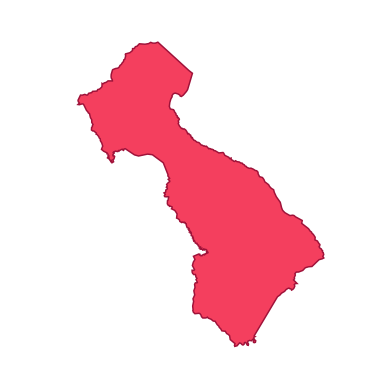 Bugaba, Chiriquí, Panama (Mercator projection), rotated 312°
{"feature_id": "35544464B94237037415944", "entity_name": "Bugaba", "entity_type": "district", "adm_level": 2, "iso_a3": "PAN", "parent_name": "Panama", "parent_adm1": "Chiriquí", "projection": "mercator", "projection_center": [-82.702, 8.679], "detail": "fine", "context": "isolated", "style": "filled", "palette": "rose", "viewbox_px": 384, "rotation_deg": 312, "n_neighbors": 0, "source": "geoboundaries", "source_scale": "gbopen_adm2", "svg_char_len": 6086}
<svg xmlns="http://www.w3.org/2000/svg" viewBox="0 0 384 384"><g transform="rotate(312 192 192)"><path d="M180.7,48.7L181.5,49.9L184.0,51.4L184.5,52.2L184.3,53.5L182.0,59.1L181.9,60.8L181.4,62.1L181.7,63.3L179.3,66.8L178.6,69.1L176.6,71.0L175.9,73.3L174.8,73.5L173.9,74.2L172.8,74.2L170.8,75.8L170.9,77.3L171.6,78.1L171.8,81.4L170.8,82.1L171.2,82.9L170.8,85.6L170.1,86.9L170.2,88.1L168.8,89.6L168.1,92.0L166.4,94.9L163.1,96.2L163.2,99.1L164.2,102.6L163.5,103.2L163.9,103.8L163.8,104.5L162.7,105.4L163.0,106.1L162.4,106.0L161.9,106.7L161.3,106.2L160.8,106.3L161.0,107.5L161.6,107.2L161.8,107.5L161.1,108.3L160.7,110.0L161.4,110.8L160.4,111.2L160.7,111.7L160.2,111.9L160.4,112.6L160.2,113.0L162.0,113.5L163.0,111.7L164.3,111.9L166.6,110.8L166.8,110.2L166.0,109.3L166.1,108.9L166.7,108.7L167.0,108.1L168.9,108.1L168.7,107.0L169.2,106.9L171.2,107.8L172.1,109.5L173.7,109.8L173.5,110.4L174.4,110.4L176.9,111.4L177.3,111.9L176.9,112.9L177.1,113.3L178.6,112.8L179.5,113.4L181.1,124.4L183.0,128.2L190.4,133.6L193.2,137.6L194.5,151.1L188.8,162.6L187.8,163.3L187.2,166.2L185.5,165.8L185.3,168.1L184.8,168.5L183.4,168.1L180.6,168.1L180.0,169.6L178.4,169.7L178.5,171.0L177.8,171.6L176.0,171.2L174.2,172.5L172.6,171.8L172.4,173.7L170.7,173.9L170.3,174.7L171.0,175.9L172.6,177.5L172.7,178.0L169.9,179.7L169.1,179.6L166.7,181.6L166.2,183.3L166.8,184.3L166.3,184.9L167.0,185.4L167.6,187.2L166.7,187.9L165.8,188.0L166.8,191.5L166.3,193.6L165.7,195.6L162.3,198.0L162.8,199.5L162.9,201.2L162.0,202.7L162.3,204.2L162.6,204.4L162.5,204.9L163.6,205.3L163.8,206.4L164.5,206.6L164.7,207.4L164.2,207.7L164.2,208.5L164.5,208.9L163.3,210.3L162.3,212.2L162.9,213.5L162.0,214.1L162.6,214.6L161.4,215.4L161.8,215.9L161.3,216.1L161.5,217.3L160.8,217.3L161.3,217.8L161.2,218.5L160.5,218.5L160.8,219.2L159.1,220.6L159.6,222.2L159.0,222.6L158.8,223.4L158.3,223.3L158.5,224.0L157.9,224.2L156.7,226.1L157.5,226.3L156.3,228.7L157.1,230.0L156.6,230.3L156.8,230.9L156.5,231.7L156.8,232.3L156.2,232.8L156.4,233.4L156.0,233.9L156.2,234.5L155.8,234.7L156.5,235.0L155.8,235.3L156.0,235.6L155.5,235.8L156.0,236.2L155.5,236.5L156.3,236.8L155.6,237.1L156.5,238.5L156.1,238.9L156.7,239.3L157.6,238.9L157.9,239.8L157.4,239.9L157.4,240.3L158.6,240.7L158.7,241.7L158.1,242.7L157.9,244.1L157.2,245.0L157.5,244.1L156.8,244.0L156.8,243.3L156.2,244.0L154.7,243.1L154.3,243.5L153.5,243.2L153.5,242.5L152.7,242.1L151.4,242.1L150.6,241.3L150.9,240.9L150.2,239.8L150.9,239.3L150.4,238.5L145.2,236.1L143.9,239.3L140.8,239.9L137.6,241.5L136.0,245.8L135.0,245.8L133.9,244.4L132.5,245.8L131.9,247.0L131.9,248.8L132.9,249.5L132.7,250.3L131.5,251.7L131.2,253.4L129.6,253.6L128.5,256.4L127.9,256.5L126.7,255.3L125.1,255.7L123.1,258.1L119.8,259.5L117.3,262.9L113.3,264.2L111.8,266.4L107.7,268.8L105.3,271.5L104.6,271.8L103.6,273.4L103.5,275.6L106.5,278.3L106.9,279.2L106.6,280.9L105.7,282.5L105.6,284.3L107.7,286.6L109.3,287.2L109.2,288.6L110.2,291.3L110.3,294.1L111.4,295.7L110.3,299.4L110.2,301.9L109.6,302.9L109.6,304.7L108.8,307.1L110.8,310.0L110.0,312.4L110.4,314.2L110.4,316.0L107.9,319.2L108.1,325.4L106.4,326.2L105.9,327.1L107.9,328.4L111.6,328.3L112.2,329.5L112.1,331.4L112.4,332.3L113.6,332.6L115.1,331.8L115.8,332.1L116.0,332.9L115.2,335.6L115.7,336.4L116.8,335.8L117.4,334.0L118.6,333.4L120.1,334.0L121.3,335.8L123.3,335.8L123.6,336.4L123.3,337.2L121.8,337.7L121.4,338.4L121.7,339.1L122.7,339.7L124.1,338.9L124.1,337.3L124.8,335.6L125.9,335.2L126.7,335.6L126.5,334.8L126.9,334.4L171.4,325.6L174.3,326.3L176.6,326.2L180.1,327.3L182.5,327.2L184.8,327.9L185.5,328.4L185.5,329.2L186.2,330.4L185.7,331.6L187.0,332.1L188.8,332.1L190.8,331.4L191.7,329.9L193.2,330.2L194.3,331.3L194.6,326.3L196.1,326.3L196.8,325.3L199.4,324.4L200.2,323.1L202.3,323.1L203.9,324.8L207.8,326.8L211.6,326.9L214.5,328.7L216.9,331.0L226.7,331.7L229.5,333.5L231.2,334.1L231.7,332.3L233.6,331.8L234.8,330.0L234.7,329.1L235.8,328.2L235.7,327.3L236.2,326.2L235.9,324.8L236.3,323.2L236.8,322.9L237.4,323.0L238.6,322.1L238.6,320.9L239.5,318.0L238.7,315.4L240.8,313.8L241.7,310.4L241.6,309.0L242.2,307.5L242.0,306.1L242.7,303.1L242.1,294.5L244.6,293.0L242.8,285.5L242.8,283.6L242.2,282.4L240.0,280.5L238.8,275.0L238.9,272.8L239.1,271.4L240.2,269.2L243.4,264.5L244.9,257.8L246.8,253.4L248.3,251.1L247.8,248.5L248.0,246.0L248.7,244.0L248.3,239.3L249.4,237.1L249.9,234.7L248.6,231.9L249.8,228.9L250.9,227.8L251.1,225.9L250.3,224.5L250.0,222.3L249.2,219.9L247.8,218.6L247.0,215.9L247.3,215.1L246.8,214.0L247.2,212.7L246.8,211.4L247.0,209.9L246.1,208.7L246.0,207.2L244.6,205.0L244.4,203.5L243.1,203.1L242.7,202.2L242.8,201.1L242.3,199.5L243.4,198.3L242.1,197.7L242.4,196.0L241.2,191.9L242.1,189.5L242.1,188.6L239.0,185.8L238.2,181.7L237.4,180.5L237.7,179.7L237.1,178.1L236.5,177.7L236.6,177.1L236.2,176.0L235.4,175.7L235.7,172.1L234.8,171.4L234.6,170.4L234.0,170.0L233.7,168.4L233.1,167.5L233.4,164.1L232.3,162.2L232.3,159.9L231.7,158.9L232.1,157.8L231.9,156.7L232.6,156.0L232.1,155.4L232.6,154.9L232.3,154.2L233.3,153.1L233.0,151.4L233.3,150.4L232.4,149.9L233.5,147.5L233.9,145.6L233.6,143.7L232.8,143.4L232.7,142.0L232.2,141.7L232.6,138.7L233.6,136.0L234.8,135.6L235.6,134.2L237.5,134.0L237.8,133.6L238.1,131.9L237.6,131.8L237.6,131.2L238.7,130.1L238.6,128.6L239.6,127.4L239.8,125.5L240.3,124.9L240.8,123.2L239.2,120.3L240.4,117.9L243.7,115.6L247.1,114.0L249.5,113.5L250.3,112.6L252.6,112.4L254.2,113.3L255.4,115.7L255.9,118.0L255.4,119.1L255.9,120.2L258.2,120.7L262.9,120.6L265.2,120.2L280.5,112.9L280.2,108.3L280.5,66.4L278.0,65.1L276.3,63.1L275.6,61.2L273.3,60.5L270.4,58.2L266.9,53.7L263.6,53.6L262.1,52.7L260.1,53.1L258.8,51.9L257.3,53.1L253.9,52.6L250.2,50.2L249.5,50.5L248.8,51.6L245.8,53.2L244.5,52.9L243.1,53.8L241.4,53.7L239.7,54.1L237.8,53.8L236.2,54.3L234.4,54.0L232.7,52.6L230.1,51.3L229.4,51.3L225.3,53.3L223.8,54.5L222.7,55.7L222.0,57.8L221.3,58.5L218.3,55.2L216.2,54.9L214.2,53.7L213.3,53.7L212.6,53.2L212.5,52.5L210.3,54.4L209.4,54.7L206.5,54.4L205.1,53.4L203.4,53.8L200.3,50.8L198.7,50.9L196.1,49.1L194.7,49.5L193.7,49.2L192.8,47.0L190.6,45.7L189.4,44.3L183.9,45.9L183.0,47.1L182.8,48.8L180.7,48.7Z" fill="#f43f5e" stroke="#9f1239" stroke-width="1.5"/></g></svg>